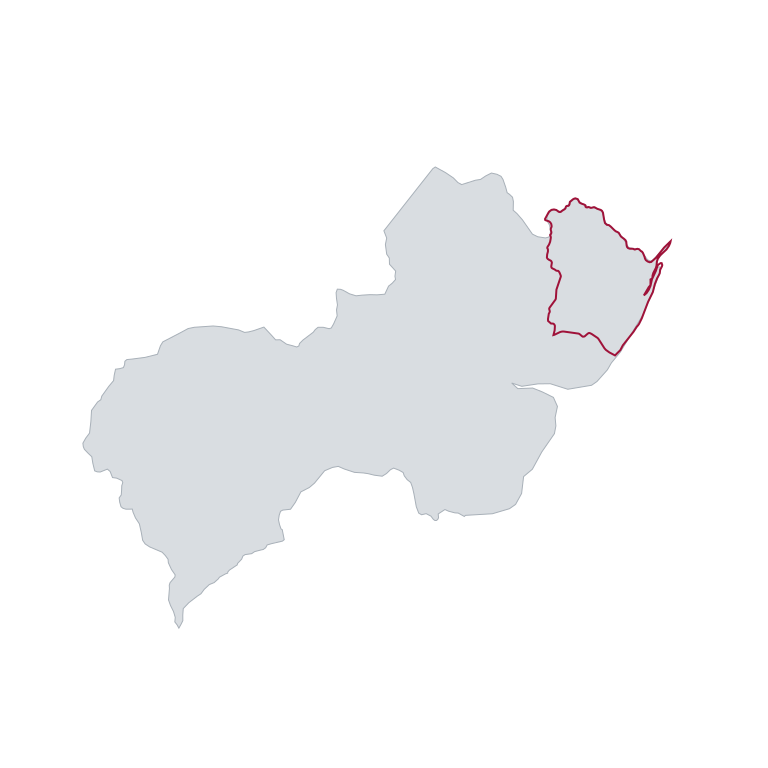 Barima-Waini on a map of Guyana (orthographic projection), rotated 80°
{"feature_id": "GUY-675", "entity_name": "Barima-Waini", "entity_type": "Region", "adm_level": 1, "iso_a3": "GUY", "parent_name": "Guyana", "parent_adm1": "", "projection": "orthographic", "projection_center": [-59.909, 7.754], "detail": "fine", "context": "in_parent", "style": "outline", "palette": "rose", "viewbox_px": 768, "rotation_deg": 80, "n_neighbors": 0, "source": "natural_earth", "source_scale": "10m", "svg_char_len": 6446}
<svg xmlns="http://www.w3.org/2000/svg" viewBox="0 0 768 768"><g transform="rotate(80 384 384)"><path d="M233.1,357.5L215.5,337.8L197.8,318.0L180.4,298.5L179.2,295.8L186.6,286.6L193.1,279.9L198.5,276.2L201.1,272.9L199.2,258.6L199.3,253.4L196.8,247.8L194.9,241.6L197.1,236.3L199.8,232.7L203.2,231.3L211.3,230.0L217.0,229.5L219.1,227.4L222.4,225.0L226.8,224.9L235.3,226.6L239.2,223.5L246.3,219.2L262.2,211.8L265.7,207.0L268.2,199.6L267.9,196.1L266.3,194.7L262.4,193.5L256.4,193.3L251.5,195.2L246.6,194.2L242.4,189.6L242.2,185.8L244.6,180.4L243.2,176.9L235.3,165.5L235.4,162.4L241.1,157.3L244.4,153.0L248.9,142.7L252.4,139.2L263.4,138.0L266.2,135.8L271.9,130.4L280.2,124.1L292.3,119.2L295.7,110.1L297.9,107.6L307.5,102.8L309.1,100.3L308.9,98.1L293.5,77.7L296.6,79.1L308.5,92.4L315.1,95.2L316.5,95.3L316.6,91.9L322.6,93.3L338.3,102.4L361.2,117.4L393.5,145.6L402.7,156.4L408.8,161.5L418.5,173.8L421.3,179.8L421.1,203.9L412.6,220.2L410.6,232.4L410.2,248.7L405.2,258.1L411.8,253.0L413.8,238.3L419.4,229.3L426.6,219.5L436.2,217.1L446.7,221.3L455.1,222.0L462.5,224.8L478.3,240.4L493.7,252.7L499.4,262.6L515.7,267.5L525.4,275.3L528.6,282.1L530.6,299.8L527.5,326.6L528.4,327.9L524.0,333.3L523.2,336.6L520.4,342.6L518.2,345.8L521.4,353.2L525.1,353.5L526.5,354.4L527.5,355.9L527.3,357.5L525.9,358.9L522.3,360.7L519.0,365.0L519.3,369.7L517.2,372.2L510.5,373.5L497.3,373.6L490.8,373.9L485.6,374.8L482.2,377.8L477.9,380.0L474.5,380.5L471.5,384.1L468.5,389.1L469.5,392.5L472.6,397.1L474.5,401.8L472.1,409.4L469.5,415.3L468.0,419.8L465.9,428.4L460.8,437.9L457.2,443.3L457.2,449.2L459.1,457.5L469.5,469.6L472.9,475.4L475.8,484.6L485.2,491.9L491.1,497.8L490.6,505.6L491.4,508.0L495.0,510.0L499.5,511.5L504.4,511.3L508.8,510.6L509.8,509.5L520.0,509.3L521.1,511.3L521.7,522.5L522.2,527.0L524.6,528.9L526.0,531.6L526.1,534.2L526.6,540.5L528.1,543.8L527.9,550.5L529.0,552.9L531.8,554.6L535.3,559.4L536.7,560.0L537.4,561.7L540.4,568.5L542.0,570.5L543.1,570.8L543.5,573.2L545.7,579.6L547.2,581.1L550.1,585.8L551.2,590.9L555.0,596.7L558.8,600.7L560.6,604.9L565.5,614.2L570.3,620.7L576.7,622.3L582.1,623.2L585.5,625.7L588.8,628.4L585.2,629.6L582.0,631.3L577.6,630.1L571.5,630.8L565.1,632.7L559.2,633.7L548.1,630.8L544.8,630.4L542.5,629.2L537.8,623.5L535.7,622.8L529.8,625.5L522.6,627.4L519.1,627.1L515.0,629.1L511.1,631.7L503.8,643.0L500.0,647.0L496.0,648.8L487.8,648.8L479.2,649.2L472.7,652.0L466.6,653.4L463.5,653.6L462.5,659.8L461.1,662.6L459.2,664.3L454.5,664.8L450.2,664.6L447.6,662.0L442.8,660.8L438.6,659.9L435.8,658.4L433.6,658.8L431.8,661.4L430.3,663.6L429.0,667.6L422.6,668.9L419.8,671.2L421.4,678.8L420.7,681.7L419.3,684.0L411.5,684.5L404.9,684.4L401.1,687.2L396.3,690.4L393.4,691.0L390.0,690.8L385.5,687.1L381.2,682.5L370.1,679.2L359.2,676.6L352.0,669.2L350.3,665.6L346.9,664.0L338.4,655.3L333.7,649.7L328.6,648.2L322.8,645.8L323.0,641.7L322.6,637.8L320.1,636.2L316.6,635.2L315.3,633.0L315.7,627.8L316.3,614.6L315.4,601.9L307.5,597.5L304.1,594.5L298.2,575.7L295.4,567.3L295.2,561.0L297.2,542.2L299.4,534.1L305.5,517.8L309.0,512.3L309.2,508.2L308.8,502.9L307.1,492.4L317.3,485.8L321.7,483.1L322.4,478.6L327.9,473.0L330.3,467.7L332.4,463.5L331.8,461.3L329.4,460.1L326.6,456.1L320.7,444.6L318.5,442.3L316.7,439.1L317.6,434.0L320.0,428.5L319.7,426.2L316.1,423.2L308.8,418.3L302.8,417.9L298.1,416.1L291.2,415.9L285.7,415.3L282.5,413.5L283.2,410.4L284.5,408.1L289.2,402.3L292.3,396.2L292.7,390.1L293.6,382.2L295.0,375.3L295.7,367.6L288.4,362.5L286.1,358.3L283.1,354.5L279.8,354.5L274.8,352.9L267.0,357.8L260.9,356.9L256.6,358.8L246.9,358.4L240.7,356.0L233.1,357.5Z" fill="#d9dde1" stroke="#a8b0b8" stroke-width="1"/><path d="M289.3,121.0L291.1,120.9L292.5,120.1L293.4,118.6L294.1,115.2L295.0,114.0L295.1,113.0L294.9,112.1L294.9,110.9L295.5,109.5L297.7,107.9L298.5,106.9L300.0,106.2L304.1,105.3L305.8,105.2L307.5,104.6L309.1,103.1L310.2,101.3L310.2,99.6L306.9,94.2L298.3,84.5L293.2,77.0L294.9,77.7L297.6,79.5L300.6,82.5L305.3,89.8L308.4,92.8L310.8,94.0L314.8,95.1L316.9,96.1L321.4,99.5L323.8,100.7L326.3,101.3L327.0,102.5L327.3,103.4L327.6,103.5L328.1,103.5L332.8,104.4L333.4,105.0L334.5,106.4L341.9,112.7L340.0,109.6L337.1,106.8L333.6,104.5L327.4,101.9L319.8,96.6L314.7,93.9L314.1,93.0L313.0,90.7L313.2,89.6L315.2,89.3L316.5,89.9L319.5,92.2L322.8,93.2L324.5,94.4L327.2,96.6L332.6,99.9L340.2,103.3L349.0,109.7L364.1,118.7L369.1,122.4L370.3,123.6L371.6,125.2L376.0,129.3L387.4,142.1L391.7,145.4L394.1,148.9L396.0,151.5L392.0,156.6L388.9,159.6L387.1,160.7L377.0,164.9L375.8,165.6L370.9,170.7L369.9,172.0L369.4,173.0L369.4,173.6L369.6,174.2L369.9,174.8L371.4,177.3L371.8,177.9L372.0,178.5L372.0,179.2L371.9,180.0L371.3,180.7L369.2,182.4L368.5,183.1L368.1,183.8L363.5,198.0L363.3,199.1L363.3,200.3L363.4,201.5L365.1,207.6L365.2,208.6L360.7,206.6L356.9,205.7L356.3,205.6L355.7,205.7L354.7,206.1L354.3,206.5L354.0,206.8L353.8,207.3L353.5,208.8L353.3,209.2L352.3,209.9L350.5,211.4L349.6,211.4L348.4,211.2L343.4,209.5L342.2,208.5L341.7,208.3L341.1,208.1L338.7,208.3L338.1,208.0L337.6,207.7L330.7,200.5L330.1,200.1L329.6,199.9L321.0,197.8L308.9,191.2L308.1,191.1L306.9,191.3L304.4,191.9L303.4,192.4L302.8,192.9L302.7,193.4L302.4,194.4L302.0,195.0L300.8,196.1L300.4,196.7L299.6,197.8L299.1,198.4L298.5,198.8L297.8,198.9L297.0,198.8L293.7,197.6L292.4,197.8L291.7,198.2L291.2,198.7L290.9,199.2L290.5,199.8L289.9,200.3L289.4,200.9L288.8,201.3L288.3,201.5L287.7,201.6L284.7,200.8L282.1,199.6L280.7,199.3L279.7,199.2L278.6,199.6L278.0,199.5L277.3,199.1L275.4,197.3L272.8,195.7L269.8,194.6L268.4,194.2L267.0,194.3L266.1,194.5L265.1,193.4L264.1,192.9L263.0,192.8L261.6,193.0L260.4,192.9L259.5,192.5L258.7,191.9L257.7,191.5L255.5,191.5L253.7,192.2L252.4,193.4L250.6,196.7L249.5,196.8L243.7,192.2L242.8,191.3L241.6,188.8L241.6,186.3L242.6,184.0L244.6,182.2L245.0,181.6L245.2,181.0L245.2,180.3L245.0,179.6L244.3,178.5L243.4,176.2L242.8,175.1L242.2,174.6L241.4,174.3L240.8,173.9L240.4,173.1L240.5,172.4L240.6,171.9L240.5,171.4L240.2,170.8L239.0,170.0L237.9,169.7L236.9,169.3L234.9,165.8L234.5,164.5L234.4,163.3L235.6,161.1L239.3,159.9L240.6,158.3L241.8,156.1L242.6,155.0L243.1,154.6L244.3,154.8L245.1,154.2L245.4,153.2L245.2,151.9L246.5,149.7L246.5,148.7L246.3,147.2L246.3,146.4L246.7,145.7L248.6,143.4L250.2,140.3L251.4,139.2L253.3,138.6L260.3,138.7L263.9,138.4L265.9,136.9L266.6,134.9L268.4,133.3L272.4,130.5L272.8,130.2L274.0,129.1L274.8,127.8L275.8,126.6L279.8,125.1L281.2,123.9L282.6,122.5L284.3,121.2L286.0,120.7L289.3,121.0Z" fill="none" stroke="#9f1239" stroke-width="2"/></g></svg>